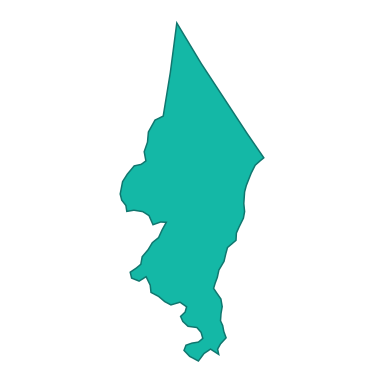 outline of Pedra Mole, Sergipe, Brazil
{"feature_id": "56859067B37266800434782", "entity_name": "Pedra Mole", "entity_type": "district", "adm_level": 2, "iso_a3": "BRA", "parent_name": "Brazil", "parent_adm1": "Sergipe", "projection": "orthographic", "projection_center": [-37.683, -10.623], "detail": "fine", "context": "isolated", "style": "filled", "palette": "teal", "viewbox_px": 384, "rotation_deg": 0, "n_neighbors": 0, "source": "geoboundaries", "source_scale": "gbopen_adm2", "svg_char_len": 1196}
<svg xmlns="http://www.w3.org/2000/svg" viewBox="0 0 384 384"><path d="M176.8,23.0L170.3,72.7L163.2,116.1L155.0,120.1L148.4,132.0L147.5,142.2L144.2,151.7L145.9,160.9L141.1,164.4L134.2,165.9L127.3,174.2L122.6,181.6L120.2,194.0L121.7,200.1L125.9,205.5L126.8,211.4L133.9,210.2L142.7,211.6L149.0,215.6L153.0,224.7L160.6,222.0L166.3,222.3L162.1,229.9L158.6,237.6L152.4,242.6L148.2,249.6L142.2,256.7L140.8,264.3L136.4,268.0L130.2,272.2L131.6,278.1L139.1,281.1L146.1,276.7L150.2,285.1L151.0,292.4L158.6,296.4L164.7,301.6L170.9,304.9L180.0,302.2L186.6,306.8L185.1,312.1L180.6,316.4L182.8,321.4L188.0,326.3L196.9,327.5L201.1,332.4L202.8,338.4L198.4,342.1L192.0,343.1L186.0,345.2L184.0,350.4L189.7,356.4L198.4,361.0L204.0,353.5L210.5,349.1L218.7,354.4L217.6,349.1L220.5,343.9L226.1,337.8L223.8,331.5L222.7,325.6L220.5,320.8L221.0,313.6L222.2,306.6L220.9,299.0L216.7,293.0L213.6,288.4L215.1,283.3L217.3,277.4L218.9,270.0L224.0,261.4L225.8,253.7L227.5,247.5L236.0,240.3L236.4,233.0L239.1,226.9L243.4,218.2L244.6,211.6L243.8,203.5L244.6,191.9L246.3,185.5L248.7,179.4L251.2,173.1L255.2,165.2L259.8,161.1L263.8,157.8L247.1,133.5L201.3,63.7L176.8,23.0Z" fill="#14b8a6" stroke="#0f766e" stroke-width="1.5"/></svg>